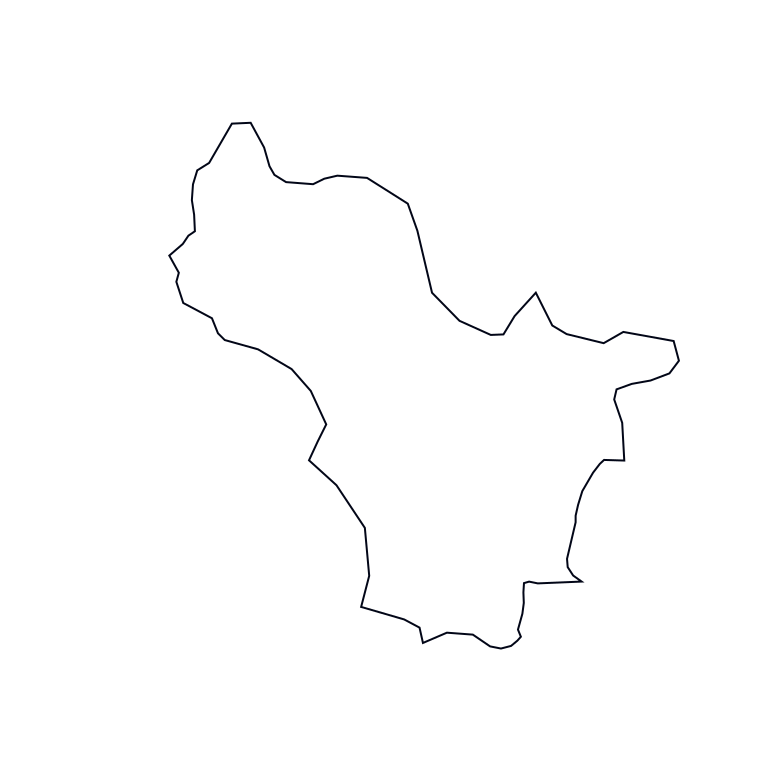 the border of Ljubljana, rotated 214°
{"feature_id": "SVN-962", "entity_name": "Ljubljana", "entity_type": "Statistical Region", "adm_level": 1, "iso_a3": "SVN", "parent_name": "Slovenia", "parent_adm1": "", "projection": "albers", "projection_center": [14.556, 46.06], "detail": "fine", "context": "isolated", "style": "outline", "palette": "ink", "viewbox_px": 768, "rotation_deg": 214, "n_neighbors": 0, "source": "natural_earth", "source_scale": "10m", "svg_char_len": 1186}
<svg xmlns="http://www.w3.org/2000/svg" viewBox="0 0 768 768"><g transform="rotate(214 384 384)"><path d="M655.7,514.8L640.6,526.0L615.6,513.0L600.7,500.5L591.8,496.1L578.1,496.6L554.5,510.0L548.3,520.8L539.2,530.6L513.3,545.4L465.1,546.8L442.0,529.7L395.2,486.5L356.7,478.6L322.9,484.4L312.7,491.9L313.7,513.4L309.2,544.6L277.2,526.6L260.5,527.5L224.7,540.7L214.7,561.0L167.9,581.6L152.5,568.2L153.3,552.4L165.0,535.9L178.7,522.6L188.2,509.6L184.5,499.9L164.8,485.0L142.0,454.9L159.1,444.1L160.4,438.5L161.1,427.4L159.7,406.1L155.5,392.3L151.5,382.0L147.8,376.5L134.5,341.4L129.3,334.9L120.1,331.0L109.7,330.7L145.0,304.7L153.2,301.3L156.6,297.2L151.9,289.2L145.7,280.7L140.8,270.9L135.6,255.3L129.2,251.0L129.9,245.8L132.2,237.9L139.1,230.1L149.3,225.8L170.2,225.9L192.8,213.0L206.9,191.1L218.3,201.9L235.6,200.1L278.3,186.4L289.0,216.7L319.4,254.0L366.8,273.5L403.5,278.8L406.8,299.2L409.3,318.2L440.8,337.3L468.9,344.7L507.8,342.3L540.6,331.4L550.0,333.2L563.4,342.3L595.7,338.9L613.3,352.6L616.3,361.5L633.8,370.4L629.1,387.7L629.1,397.6L626.2,404.9L636.1,418.2L646.1,429.0L654.0,442.7L658.3,456.7L652.6,469.5L655.7,514.8Z" fill="none" stroke="#020617" stroke-width="2"/></g></svg>